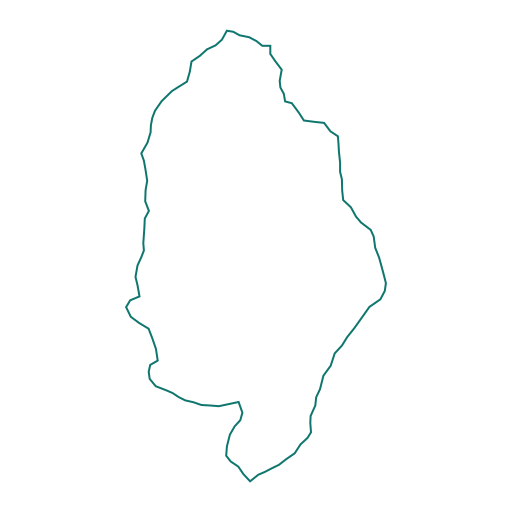 the district of Mirassolândia, São Paulo, Brazil
{"feature_id": "56859067B44957908487637", "entity_name": "Mirassolândia", "entity_type": "district", "adm_level": 2, "iso_a3": "BRA", "parent_name": "Brazil", "parent_adm1": "São Paulo", "projection": "albers", "projection_center": [-49.488, -20.597], "detail": "fine", "context": "isolated", "style": "outline", "palette": "teal", "viewbox_px": 512, "rotation_deg": 0, "n_neighbors": 0, "source": "geoboundaries", "source_scale": "gbopen_adm2", "svg_char_len": 1605}
<svg xmlns="http://www.w3.org/2000/svg" viewBox="0 0 512 512"><path d="M250.1,481.3L258.2,474.8L264.9,471.9L271.6,468.4L279.0,464.8L286.0,459.3L294.7,453.3L300.5,444.4L307.6,437.8L311.0,432.3L310.3,423.1L310.6,416.0L315.3,405.5L316.2,397.2L320.0,389.2L323.4,375.7L330.7,365.7L334.7,353.4L341.9,345.6L347.1,337.2L354.2,328.3L362.7,316.4L369.4,306.9L380.4,299.3L384.8,290.9L385.9,283.1L383.5,273.7L381.2,265.2L379.1,257.6L375.2,247.8L373.7,236.5L370.7,229.9L361.0,222.5L356.0,216.6L350.9,207.3L343.2,200.1L342.2,190.8L341.9,179.3L340.1,171.9L340.1,162.8L338.9,151.3L338.5,143.8L337.9,136.3L330.4,131.3L324.1,122.9L314.7,121.9L303.9,120.5L298.8,112.6L291.8,103.2L285.1,101.4L283.8,93.8L280.4,87.5L279.7,80.9L281.7,69.7L275.0,60.8L270.3,53.9L270.3,45.8L262.3,45.8L256.5,41.1L249.1,37.2L239.6,35.3L233.3,31.8L226.9,30.7L221.9,39.7L215.5,45.4L207.1,49.3L199.9,55.8L191.5,61.5L189.8,71.7L187.0,81.6L178.8,86.7L172.0,91.0L161.7,101.1L155.0,110.7L152.3,117.9L150.9,125.2L150.6,132.3L147.5,142.6L141.3,153.4L143.9,160.7L145.6,170.3L147.2,180.8L145.6,190.1L145.2,201.3L148.9,210.9L144.8,218.5L144.3,229.2L143.3,243.2L143.9,250.5L141.3,257.2L137.5,265.5L135.5,276.9L137.5,285.2L139.5,296.4L130.2,300.3L126.1,307.1L130.8,316.8L139.0,322.9L148.6,328.7L152.3,338.3L156.0,349.1L157.7,360.6L150.2,364.9L148.7,371.8L149.7,378.9L155.7,386.2L166.5,390.4L172.5,393.0L178.9,397.2L185.3,400.4L193.7,402.3L201.4,405.0L210.4,405.5L218.8,406.2L238.6,402.0L242.4,412.7L240.3,420.2L234.7,426.3L229.9,434.6L226.9,446.4L226.2,455.7L230.6,461.4L238.3,466.6L243.3,474.0L250.1,481.3Z" fill="none" stroke="#0f766e" stroke-width="2"/></svg>